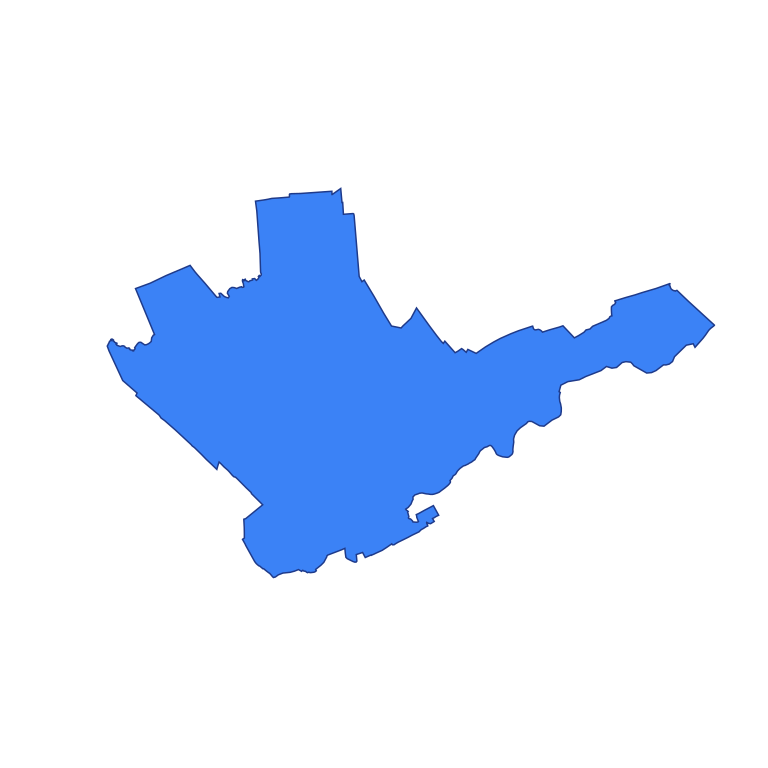 Cateasca, Arges, Romania, rotated 118°
{"feature_id": "2599482B62857994910694", "entity_name": "Cateasca", "entity_type": "district", "adm_level": 2, "iso_a3": "ROU", "parent_name": "Romania", "parent_adm1": "Arges", "projection": "albers", "projection_center": [25.043, 44.76], "detail": "fine", "context": "isolated", "style": "filled", "palette": "blue", "viewbox_px": 768, "rotation_deg": 118, "n_neighbors": 0, "source": "geoboundaries", "source_scale": "gbopen_adm2", "svg_char_len": 6159}
<svg xmlns="http://www.w3.org/2000/svg" viewBox="0 0 768 768"><g transform="rotate(118 384 384)"><path d="M282.9,583.3L291.0,577.5L317.1,561.1L326.9,554.8L342.8,545.7L343.7,545.0L344.4,544.0L345.5,543.6L347.0,544.0L346.7,545.1L348.0,545.4L348.3,544.5L350.7,544.6L352.4,545.4L351.6,547.7L353.0,549.6L353.9,548.9L355.9,550.9L357.1,551.3L357.4,552.0L357.5,552.7L357.4,553.6L357.6,554.1L357.4,554.9L356.6,555.6L357.2,556.2L357.6,556.1L358.2,555.8L358.6,556.1L358.1,557.0L358.2,557.8L358.9,557.7L359.9,557.0L361.5,555.2L362.8,554.3L363.7,553.5L364.4,553.4L365.3,554.6L365.0,555.4L366.4,557.0L368.8,558.9L369.2,561.5L370.1,563.6L372.2,564.9L375.7,565.4L377.4,564.9L379.2,561.8L381.0,561.9L381.5,563.7L381.7,566.0L380.5,570.7L381.5,572.1L384.1,569.7L385.7,571.7L385.9,572.4L379.1,589.4L375.1,600.1L373.6,603.8L370.3,610.9L390.7,627.4L404.8,637.8L416.4,648.2L448.1,609.8L449.1,610.6L452.3,610.8L455.7,609.5L458.0,610.3L459.2,611.0L460.8,612.2L461.8,613.6L461.3,618.3L462.2,619.8L463.6,620.4L465.1,620.7L469.0,621.2L469.3,620.7L469.8,620.3L471.0,620.7L472.3,620.6L472.7,621.6L472.2,621.9L472.4,622.5L472.8,623.4L472.9,624.5L472.6,625.2L472.1,625.2L471.9,625.9L472.1,626.5L473.1,627.8L473.0,630.0L472.5,630.7L472.7,632.1L473.3,633.2L474.7,634.5L475.2,637.9L474.6,639.2L474.1,638.7L473.4,638.9L473.6,641.6L473.1,642.2L473.1,643.5L472.2,643.5L472.0,644.3L472.0,645.3L472.6,645.9L473.0,646.1L473.5,646.0L473.3,645.3L473.5,645.1L473.8,645.2L474.1,645.7L475.2,646.4L476.2,646.2L478.6,646.2L479.3,646.1L480.1,646.2L480.5,646.1L483.9,642.3L503.6,616.3L507.9,597.8L510.8,597.6L517.0,568.1L517.4,567.2L518.7,564.9L519.3,560.5L522.5,546.8L528.1,525.7L528.6,524.7L528.8,523.7L529.1,521.6L531.9,512.0L534.0,505.5L535.8,498.8L537.9,491.5L534.4,492.3L530.3,493.0L531.0,490.4L532.3,486.4L533.4,481.6L534.1,479.5L535.8,475.2L536.4,473.1L536.0,471.3L536.6,469.0L540.4,456.8L542.2,450.3L543.0,449.6L547.6,434.4L567.8,442.9L569.2,444.3L576.2,440.1L581.6,437.1L585.0,435.3L585.4,435.0L586.5,435.4L586.9,435.7L587.6,436.0L590.5,431.5L591.3,430.5L592.1,429.3L601.5,414.8L602.5,412.6L603.0,410.7L603.3,409.0L603.1,408.3L604.0,404.2L603.6,403.6L604.4,399.6L604.6,398.3L604.8,397.3L604.8,396.2L605.7,393.8L606.0,393.1L606.3,392.4L606.8,390.8L605.4,389.3L602.1,387.7L598.4,384.5L594.3,378.4L591.2,375.1L588.0,372.4L588.1,368.8L586.8,368.4L586.6,368.2L586.8,367.0L586.2,365.2L586.5,364.3L586.5,363.0L585.5,362.0L585.3,360.9L585.0,360.2L583.1,357.5L582.2,356.7L580.7,356.1L579.8,357.3L573.6,354.6L569.7,353.4L564.8,353.4L563.5,353.4L562.4,353.7L561.4,353.3L550.4,343.7L547.5,341.4L551.9,338.5L554.9,336.3L555.5,334.4L555.3,328.1L555.0,326.2L554.3,325.0L553.1,324.8L547.6,328.4L542.8,323.8L546.0,319.1L541.0,315.1L541.2,314.8L538.3,312.5L538.2,312.5L531.7,307.5L526.8,304.8L521.5,302.1L522.0,301.1L521.3,299.7L519.4,298.7L517.0,297.2L508.3,290.9L504.4,288.3L498.0,283.6L495.7,283.0L494.1,282.1L493.1,281.4L490.0,279.7L488.8,278.7L487.8,279.5L487.4,280.4L486.6,281.2L486.1,281.3L486.1,279.2L485.5,277.3L481.8,275.1L480.0,278.0L478.2,276.7L476.8,276.0L474.2,274.1L468.2,283.3L476.4,288.9L482.1,292.6L484.2,294.2L485.2,293.2L486.4,292.4L489.3,289.0L490.0,289.4L490.8,290.4L492.2,293.7L491.5,294.6L490.7,297.2L491.1,298.3L491.1,299.0L490.8,299.6L490.1,299.6L489.4,299.8L486.0,303.0L485.2,302.8L484.9,303.9L484.9,304.9L484.3,306.1L481.6,304.7L477.4,303.8L476.5,303.9L473.9,304.2L472.1,304.2L471.6,304.6L470.2,305.4L467.5,304.7L464.6,302.0L463.8,301.4L462.3,299.2L461.6,296.6L461.1,295.0L460.3,293.1L459.6,291.0L458.6,289.2L457.5,287.9L455.3,285.8L453.7,284.5L451.9,283.7L447.5,281.6L443.3,279.9L441.4,279.4L439.8,279.2L438.9,279.6L438.3,280.4L435.3,279.7L432.8,279.8L432.4,279.7L430.8,278.8L429.7,278.4L426.6,278.3L424.6,277.8L422.7,277.2L419.0,275.4L417.6,273.9L416.6,273.3L415.4,272.3L413.7,271.4L412.5,270.5L411.5,269.9L409.3,268.9L408.1,268.2L406.2,268.2L400.9,267.6L399.1,267.7L398.4,267.7L397.0,267.3L396.2,266.9L392.9,265.5L390.9,263.4L389.4,262.5L388.6,261.8L388.2,260.9L388.4,259.5L389.9,256.4L391.5,253.8L392.5,252.6L393.1,251.6L393.3,250.4L393.2,248.6L392.6,245.1L390.9,240.8L390.5,240.2L389.4,239.3L386.2,238.0L385.1,237.9L383.3,238.3L381.3,239.5L378.4,240.7L374.5,242.1L371.7,243.8L367.8,244.7L362.9,244.5L358.5,243.0L352.0,239.7L349.9,239.3L348.8,238.3L347.7,235.9L347.8,227.0L346.1,222.9L337.0,218.7L331.1,214.4L328.2,213.5L325.0,214.6L321.9,216.2L318.6,218.8L316.9,220.6L313.7,222.8L311.4,223.8L308.7,224.4L308.6,225.8L302.0,227.3L295.6,222.8L288.6,213.6L282.6,209.3L270.3,198.7L264.1,195.8L263.0,190.2L260.2,186.4L253.2,183.8L250.7,180.9L248.9,176.4L249.6,174.1L250.6,172.0L251.0,157.2L248.3,153.1L244.4,150.1L235.9,146.2L234.7,143.9L232.5,141.5L228.7,139.8L223.5,140.3L207.8,135.3L203.3,129.9L205.6,126.6L193.9,123.8L189.7,123.1L184.3,122.5L182.8,122.1L181.3,121.6L178.4,120.3L177.1,119.8L176.9,119.9L168.2,153.6L163.8,169.3L164.5,170.0L165.1,170.3L165.3,171.4L165.5,171.8L165.6,172.7L165.5,174.1L165.2,175.2L164.6,176.1L163.2,177.5L162.9,177.9L163.1,178.2L162.4,179.2L161.3,178.5L161.2,178.8L171.9,188.6L182.1,199.0L187.5,204.2L193.9,210.9L202.2,219.2L202.9,218.5L202.9,218.1L203.1,217.8L203.5,217.7L204.9,217.7L205.5,217.9L206.3,218.3L207.2,219.0L209.1,219.4L211.3,218.3L213.7,216.9L216.1,215.4L216.8,214.8L217.3,215.4L218.5,216.1L219.0,216.2L220.1,216.1L220.8,216.2L222.1,217.0L223.2,217.4L235.1,226.9L238.8,228.0L241.4,231.0L244.4,231.7L249.9,234.9L253.9,237.6L248.6,253.3L251.5,256.0L258.6,263.4L263.8,268.4L263.2,270.0L263.0,271.9L263.3,273.4L264.8,275.2L265.3,276.0L265.3,276.9L265.1,277.8L264.6,278.4L263.1,279.9L263.2,280.1L273.9,290.3L280.1,295.6L289.2,302.7L295.3,306.8L303.6,311.8L313.7,317.0L314.1,326.2L317.4,326.3L316.5,330.2L316.3,332.1L320.4,334.2L323.0,335.9L317.6,350.4L320.3,350.7L319.6,353.2L316.4,360.5L311.4,371.1L301.6,391.0L313.4,391.0L324.0,394.6L326.5,395.2L329.3,404.6L321.6,417.6L311.2,434.1L301.5,450.3L304.0,451.5L300.7,456.4L249.4,489.4L248.1,490.5L248.0,491.3L253.2,499.5L243.1,505.7L243.5,506.3L231.7,514.0L241.0,518.7L241.1,518.9L238.3,520.5L255.0,547.2L258.1,552.7L259.4,555.0L260.5,556.5L261.0,556.5L263.0,555.4L263.5,555.5L269.1,564.2L272.8,570.2L275.2,573.0L277.7,576.2L282.9,583.3Z" fill="#3b82f6" stroke="#1e3a8a" stroke-width="1.5"/></g></svg>